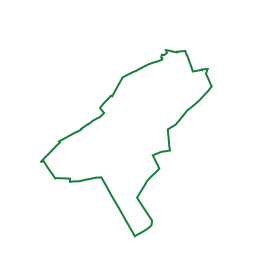 Visina, Dâmbovita, Romania (orthographic projection), rotated 26°
{"feature_id": "2599482B19033854569240", "entity_name": "Visina", "entity_type": "district", "adm_level": 2, "iso_a3": "ROU", "parent_name": "Romania", "parent_adm1": "Dâmbovita", "projection": "orthographic", "projection_center": [25.353, 44.574], "detail": "fine", "context": "isolated", "style": "outline", "palette": "green", "viewbox_px": 256, "rotation_deg": 26, "n_neighbors": 0, "source": "geoboundaries", "source_scale": "gbopen_adm2", "svg_char_len": 4673}
<svg xmlns="http://www.w3.org/2000/svg" viewBox="0 0 256 256"><g transform="rotate(26 128 128)"><path d="M188.5,212.2L189.4,210.5L190.9,207.5L191.3,206.6L191.7,205.1L191.0,202.8L190.2,200.7L187.8,199.3L183.0,196.4L175.5,192.0L166.7,186.7L167.3,180.1L167.4,179.0L167.5,177.5L167.8,175.0L168.0,173.3L168.0,173.2L168.1,171.9L168.2,170.8L168.3,169.8L168.3,168.1L168.4,167.4L168.5,167.1L168.6,166.5L168.8,166.0L169.0,165.2L169.1,164.9L169.2,164.6L169.3,164.4L169.5,163.6L169.6,163.4L169.7,163.1L169.7,162.9L170.1,161.7L171.0,159.2L171.4,158.3L171.7,157.4L172.0,156.9L172.3,156.1L172.5,155.4L172.7,155.0L173.0,154.0L173.1,153.5L173.4,152.8L173.8,151.6L174.0,151.0L174.0,150.9L173.1,150.1L171.6,148.9L171.1,148.5L169.5,147.3L169.2,147.1L168.8,146.8L167.1,145.4L166.7,145.1L166.2,144.7L165.5,144.1L163.7,142.8L163.0,142.2L162.6,141.8L162.3,141.6L167.9,135.4L168.1,135.3L168.2,135.0L169.0,134.4L170.4,133.4L170.6,133.4L171.4,132.8L172.5,132.1L173.9,131.0L175.1,130.2L175.6,129.8L175.0,129.1L173.7,127.1L173.4,126.8L172.9,126.0L170.6,122.1L169.9,120.9L168.9,119.2L167.1,116.4L165.3,113.3L164.4,111.7L164.7,111.2L164.9,111.1L165.1,110.7L165.3,110.4L165.9,109.5L166.1,109.2L166.5,108.6L166.6,108.3L167.1,107.6L167.2,107.4L167.4,107.2L168.4,105.7L168.5,105.6L168.8,105.0L169.1,104.6L169.6,103.5L169.6,103.3L169.8,102.6L169.8,101.8L170.0,101.1L170.2,100.6L170.6,99.5L170.7,98.9L171.0,98.2L171.5,95.2L173.1,88.7L173.2,87.6L173.3,86.9L173.4,86.6L174.1,85.1L175.3,82.8L175.5,82.4L176.2,80.9L177.2,78.5L177.8,77.2L179.1,74.1L179.7,72.7L179.9,72.3L180.0,72.1L180.6,69.9L181.0,68.8L181.5,67.1L182.2,64.7L183.6,60.3L183.8,59.5L183.9,59.1L184.1,58.2L184.4,56.7L184.7,55.5L185.1,54.1L184.2,53.3L183.6,52.8L182.2,51.6L181.3,50.9L180.7,50.3L180.1,49.8L179.1,49.0L178.2,48.2L175.9,46.4L174.3,45.0L173.9,41.5L173.7,40.3L173.7,40.1L172.1,41.0L171.9,41.1L171.1,41.6L170.8,41.8L169.8,42.5L169.7,42.5L169.2,42.8L168.8,43.0L169.0,43.5L168.9,43.5L168.4,43.8L167.9,44.1L166.9,44.9L163.4,47.4L161.5,48.8L159.9,47.1L157.9,45.1L155.5,42.7L154.8,42.1L152.9,40.2L148.9,36.4L148.4,36.5L146.5,34.5L145.7,33.7L145.1,34.0L143.2,35.2L142.7,35.4L141.9,36.0L141.2,36.4L140.4,36.9L139.7,37.3L139.4,37.6L138.8,37.9L138.5,38.0L138.5,38.3L138.8,38.6L138.6,38.7L138.1,38.9L135.3,39.6L133.4,39.9L132.3,40.2L131.4,40.4L129.9,40.8L128.0,41.4L128.7,42.0L128.8,42.2L129.7,43.0L130.0,43.3L130.0,43.7L129.5,44.8L129.2,45.2L129.1,45.6L128.9,45.9L128.7,46.5L128.3,46.8L126.4,47.2L126.3,47.3L127.0,50.1L127.4,50.4L128.3,50.2L128.7,51.6L125.6,55.0L124.5,56.0L123.7,56.7L123.5,56.8L120.0,60.3L119.9,60.4L118.1,62.2L117.9,62.6L115.2,66.1L113.9,68.0L111.2,71.7L111.2,71.8L110.8,72.4L110.1,73.3L109.9,73.5L109.3,74.2L108.8,74.6L108.5,75.0L108.2,75.3L108.0,75.5L107.9,75.8L107.5,76.2L106.9,77.0L106.4,77.6L105.5,78.8L105.1,79.3L104.7,79.9L104.3,80.4L103.2,81.9L103.0,82.2L102.9,82.3L102.2,83.3L101.8,83.8L101.4,84.3L101.0,84.8L99.9,106.5L98.6,106.4L96.3,113.6L95.2,117.2L94.9,118.9L94.0,121.8L94.3,122.5L99.9,125.0L97.8,131.1L97.4,131.2L96.8,131.8L96.0,133.0L94.6,134.9L93.4,136.7L93.1,137.2L92.7,138.1L92.3,139.1L91.8,140.0L91.4,140.7L91.0,141.9L90.5,141.8L90.4,141.9L89.9,142.9L89.3,143.9L88.2,145.9L87.3,147.5L86.2,149.6L86.7,149.9L85.6,151.6L85.0,152.3L83.3,154.6L83.2,154.5L82.3,155.6L78.0,161.8L75.2,165.7L71.9,170.3L73.2,171.0L73.0,171.4L72.9,171.7L72.4,173.0L72.0,174.1L71.6,175.1L71.0,176.9L70.9,177.0L70.9,177.3L70.6,178.0L70.5,178.5L70.3,179.1L70.2,179.3L70.2,179.5L69.9,180.0L69.8,180.5L69.4,181.7L69.4,181.8L68.5,184.5L68.4,184.9L67.6,187.3L66.8,189.4L65.8,192.5L65.6,193.1L65.4,193.7L65.4,193.9L65.1,194.7L65.0,195.1L64.5,196.5L64.3,197.0L66.4,195.2L66.8,194.8L67.9,195.5L70.3,197.0L74.1,199.3L80.0,202.5L83.5,204.5L84.8,205.2L85.2,204.8L85.6,204.5L95.2,200.1L95.3,200.1L98.1,199.0L98.9,200.8L99.4,201.8L99.6,201.7L102.4,200.0L103.5,199.3L105.2,198.5L106.4,197.9L107.4,197.3L108.2,196.6L109.4,195.7L110.0,195.3L110.1,195.2L111.5,193.9L112.5,193.2L114.6,191.5L115.0,191.4L115.9,190.7L116.2,190.5L119.3,188.0L120.6,187.0L121.0,186.8L121.0,186.6L122.5,185.8L123.0,185.6L123.3,185.4L123.7,185.2L124.8,184.6L125.7,184.0L129.9,186.9L132.0,188.3L137.1,191.9L137.5,192.2L143.8,196.6L145.5,197.7L146.1,198.1L148.2,199.5L151.4,201.7L153.2,202.8L154.3,203.5L155.7,204.5L157.1,205.5L159.9,207.4L163.8,210.1L165.3,211.2L166.0,211.7L166.8,212.2L168.6,213.4L171.0,215.0L172.8,216.3L174.9,217.7L175.9,218.4L179.0,220.3L181.6,222.3L181.8,222.0L182.1,221.5L182.4,221.1L182.9,220.3L183.3,219.7L183.6,219.2L184.1,218.6L184.3,218.3L184.6,218.0L184.8,217.7L185.2,217.1L185.5,216.6L185.8,216.1L186.2,215.6L186.5,215.1L186.7,214.7L187.2,214.0L187.5,213.5L188.0,212.8L188.5,212.1L188.5,212.2Z" fill="none" stroke="#15803d" stroke-width="2"/></g></svg>